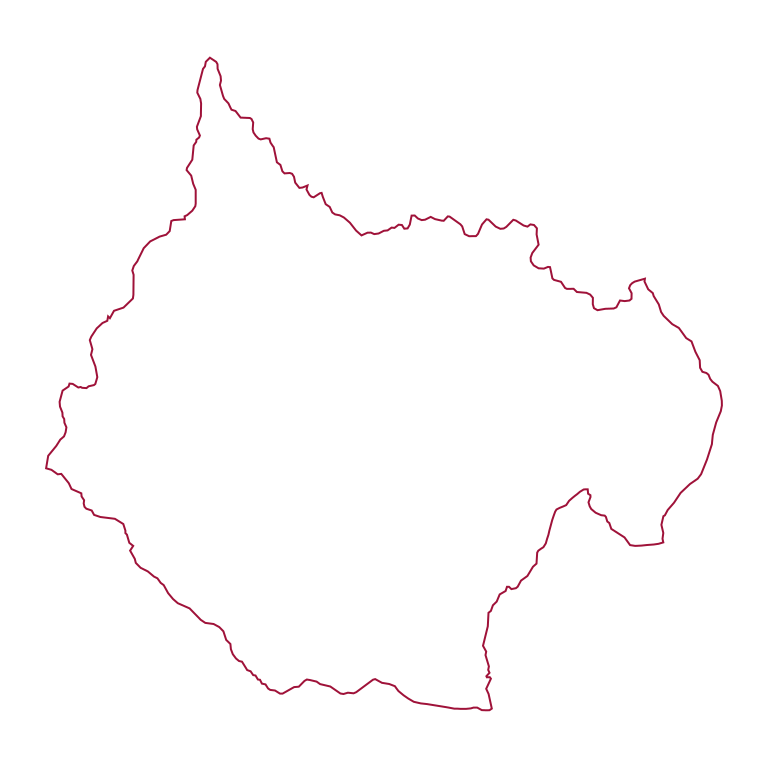 outline of Luebo, Kasaï-Occidental, Democratic Republic of the Congo
{"feature_id": "63176286B69668932062204", "entity_name": "Luebo", "entity_type": "district", "adm_level": 2, "iso_a3": "COD", "parent_name": "Democratic Republic of the Congo", "parent_adm1": "Kasaï-Occidental", "projection": "orthographic", "projection_center": [21.381, -5.592], "detail": "fine", "context": "isolated", "style": "outline", "palette": "rose", "viewbox_px": 768, "rotation_deg": 0, "n_neighbors": 0, "source": "geoboundaries", "source_scale": "gbopen_adm2", "svg_char_len": 5581}
<svg xmlns="http://www.w3.org/2000/svg" viewBox="0 0 768 768"><path d="M513.3,219.8L506.3,226.9L503.7,228.5L500.3,228.8L495.7,226.6L488.5,219.7L487.4,219.5L486.5,219.3L482.0,224.5L480.0,229.2L478.0,233.9L476.8,235.2L476.0,236.1L469.1,236.2L464.7,234.1L462.2,226.4L460.4,224.3L449.6,216.6L447.8,216.4L443.7,220.8L443.0,220.7L442.0,220.7L435.0,219.1L430.7,216.9L425.1,219.7L421.7,220.1L417.9,218.5L414.7,215.5L411.6,215.6L409.8,224.6L407.6,228.4L404.3,228.7L401.9,225.0L398.6,224.7L394.5,227.9L391.6,227.6L387.6,230.4L383.8,230.8L378.6,233.5L374.2,234.1L370.9,232.6L367.5,232.7L361.5,235.4L356.1,230.6L349.9,222.7L343.9,217.5L339.7,215.3L335.1,214.4L332.3,212.5L329.7,206.9L325.7,204.2L322.8,196.8L321.6,192.9L320.6,193.1L320.0,193.2L313.7,197.3L311.4,196.7L310.0,195.4L309.4,194.8L306.5,189.5L307.5,185.5L302.6,187.5L299.4,187.9L295.2,182.6L294.0,176.8L292.1,173.8L289.8,173.0L284.5,173.4L282.4,171.3L280.4,164.9L276.9,162.3L273.7,147.2L272.5,145.6L270.5,142.6L269.4,138.7L266.1,138.2L260.7,139.4L258.5,138.6L255.7,135.7L253.5,132.5L252.7,129.2L253.2,122.5L251.5,119.0L249.9,118.0L240.6,117.6L235.5,111.0L231.5,109.7L230.4,107.6L228.7,103.9L228.4,103.3L224.2,98.9L223.0,95.9L219.9,85.0L221.0,80.6L220.6,76.2L217.6,68.8L217.6,68.3L217.5,64.2L216.2,61.9L209.9,57.7L205.8,61.8L205.0,66.3L203.0,68.9L200.9,77.0L197.5,90.1L197.3,92.7L200.4,99.0L200.5,99.8L201.1,103.5L200.9,114.1L200.9,116.1L196.9,126.8L197.2,129.4L199.9,135.5L199.1,137.5L196.4,139.7L196.2,141.9L193.7,145.4L193.5,147.4L192.3,159.7L187.0,167.9L186.6,170.1L191.2,175.6L193.2,183.8L195.7,189.8L195.7,203.6L195.3,206.2L192.3,210.7L190.2,212.5L187.2,215.1L184.6,216.3L184.9,219.3L173.6,220.1L171.3,221.0L169.7,231.1L166.2,234.7L159.6,236.6L150.2,241.4L143.7,248.2L142.4,250.9L137.9,260.0L137.4,261.2L133.8,266.0L132.3,270.5L133.6,274.8L133.4,294.9L132.9,298.5L123.5,307.6L114.0,310.8L109.9,318.2L108.1,316.4L107.3,320.8L102.5,323.0L96.7,328.4L91.3,336.6L89.8,340.1L91.5,346.0L92.4,349.2L91.0,354.9L95.4,366.5L97.3,377.1L96.6,379.6L95.3,384.0L93.9,385.1L88.6,386.3L86.5,388.1L82.1,387.8L80.7,387.0L78.3,387.5L72.7,383.9L69.5,383.6L68.6,386.5L62.6,390.6L59.6,401.8L60.0,406.6L62.4,412.6L62.6,416.4L64.2,419.0L64.3,421.0L64.4,422.2L64.4,422.7L66.4,427.3L65.6,432.3L64.0,436.4L60.3,439.6L56.3,445.9L48.2,455.8L46.1,468.3L51.4,469.8L57.7,474.3L61.3,473.9L68.8,483.2L71.5,489.0L81.3,493.3L81.6,496.5L84.1,500.2L83.7,503.5L84.5,506.8L86.3,508.7L91.7,510.5L94.1,514.9L100.4,517.0L114.9,518.8L117.0,520.1L123.3,524.0L125.4,530.6L125.4,533.1L126.9,534.6L129.3,542.8L133.2,545.9L130.1,550.6L134.8,558.9L135.8,562.9L140.6,567.8L147.8,571.4L154.0,576.6L157.4,578.3L158.5,579.8L160.7,582.9L163.7,585.1L168.1,593.1L173.0,599.0L177.8,603.2L189.6,608.4L200.7,619.8L205.3,622.9L213.6,624.0L219.3,627.1L223.4,631.3L226.2,639.9L230.4,644.0L230.9,649.2L232.8,654.2L236.0,658.5L239.0,661.0L242.0,661.7L246.3,668.6L247.1,670.0L248.1,670.4L250.6,671.3L253.2,675.1L255.5,675.5L257.9,679.5L260.0,679.8L261.9,683.6L265.5,684.4L268.1,688.5L270.2,689.9L275.0,690.5L280.0,693.6L282.6,693.6L294.1,687.1L298.8,686.7L304.5,680.9L306.9,679.5L307.8,679.7L309.8,680.0L316.6,681.6L320.1,684.1L330.3,686.5L340.4,693.5L343.5,694.0L347.9,692.7L353.6,693.3L356.2,692.2L373.0,679.7L375.2,679.1L382.1,682.9L382.4,682.9L389.2,684.0L394.9,686.2L396.3,688.2L398.4,691.0L403.6,695.3L408.2,698.5L413.8,701.8L420.8,703.4L427.2,704.1L446.4,707.2L448.7,707.6L454.5,708.7L457.8,708.7L461.2,708.9L465.7,708.9L470.8,708.4L473.5,707.6L477.2,707.6L481.8,710.1L486.5,710.3L489.5,710.2L491.8,708.6L488.6,694.0L486.2,688.8L490.9,678.7L489.8,677.2L486.9,677.3L486.4,676.2L489.5,672.8L488.2,669.9L488.9,666.4L485.5,655.1L485.9,653.1L486.2,651.6L483.0,645.8L487.8,626.3L488.5,612.8L490.9,610.9L492.9,605.3L496.7,601.6L499.7,594.4L505.6,591.0L507.0,586.8L509.0,586.8L511.4,589.1L515.9,588.2L517.7,586.7L521.0,580.6L527.4,576.0L533.0,566.7L536.5,563.6L537.2,552.6L538.3,550.7L540.9,548.8L543.4,547.2L545.8,543.4L547.1,538.8L548.4,534.9L549.4,530.5L550.3,527.2L552.2,520.1L553.8,515.4L555.2,511.6L556.5,509.5L559.6,507.9L563.3,506.4L566.2,505.1L569.1,500.8L572.5,497.8L575.1,495.7L577.1,494.2L579.9,491.8L582.5,490.2L583.6,489.5L585.5,489.3L587.7,489.3L587.9,491.4L588.1,493.7L590.1,495.0L590.4,495.2L590.5,497.0L588.5,502.3L589.7,506.3L591.2,509.0L595.6,512.7L597.8,513.7L601.2,515.2L604.7,515.6L605.9,516.9L607.3,521.5L609.3,523.0L611.3,528.9L624.5,537.4L630.1,545.1L635.2,545.9L641.3,545.6L647.1,545.0L653.8,544.5L658.6,543.8L663.3,542.4L662.5,538.8L663.3,533.0L661.4,524.8L663.4,516.2L664.9,515.3L667.7,510.0L673.7,503.1L674.1,502.6L680.6,492.9L690.0,484.0L697.7,478.7L701.1,474.2L707.0,459.5L711.9,444.2L712.2,440.8L712.8,434.8L716.2,422.4L720.8,411.2L721.9,405.5L721.8,400.8L720.2,391.1L717.9,385.9L712.4,381.7L710.2,378.9L708.5,374.7L706.4,373.0L706.1,372.9L702.4,371.8L700.1,367.8L699.7,360.2L695.4,351.8L691.5,341.4L686.2,338.1L678.9,328.0L672.3,324.2L663.7,315.9L661.1,312.0L658.8,304.4L653.7,296.1L652.8,293.1L648.2,289.3L644.5,281.5L644.9,278.7L634.7,281.6L632.1,283.2L630.2,285.2L629.0,288.3L631.6,293.2L631.5,298.8L631.1,299.1L629.5,300.5L624.7,301.1L620.0,300.5L616.4,307.3L613.7,308.5L605.3,308.8L597.5,310.2L594.0,308.2L593.8,307.6L592.8,304.2L592.8,303.9L592.9,297.8L590.2,294.6L586.4,292.8L586.1,292.8L576.9,292.0L573.6,288.8L567.0,288.9L565.1,288.0L561.0,281.8L554.0,279.9L552.4,278.4L550.8,270.7L550.0,267.1L548.0,266.9L543.9,268.6L538.6,268.3L533.7,265.4L530.9,261.3L530.6,257.6L532.3,253.0L538.6,244.7L536.6,234.4L536.9,228.3L534.0,225.0L530.4,224.4L527.5,226.6L526.0,226.2L523.6,225.5L515.8,220.5L513.3,219.8Z" fill="none" stroke="#9f1239" stroke-width="2"/></svg>